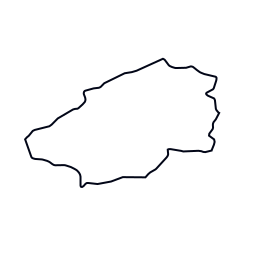 Gafsa, Albers equal-area conic projection, rotated 159°
{"feature_id": "TUN-112", "entity_name": "Gafsa", "entity_type": "Governorate", "adm_level": 1, "iso_a3": "TUN", "parent_name": "Tunisia", "parent_adm1": "", "projection": "albers", "projection_center": [8.747, 34.421], "detail": "fine", "context": "isolated", "style": "outline", "palette": "ink", "viewbox_px": 256, "rotation_deg": 159, "n_neighbors": 0, "source": "natural_earth", "source_scale": "10m", "svg_char_len": 1911}
<svg xmlns="http://www.w3.org/2000/svg" viewBox="0 0 256 256"><g transform="rotate(159 128 128)"><path d="M37.5,109.4L42.9,104.6L46.0,102.8L47.0,101.7L47.6,100.6L48.5,97.8L49.4,96.6L54.1,93.6L55.1,91.8L51.7,86.5L52.1,84.0L53.7,81.7L57.9,77.2L58.0,77.0L59.7,77.2L64.5,77.8L66.3,78.7L67.9,80.1L70.5,81.5L84.8,86.3L86.6,87.6L95.6,92.9L97.4,93.6L98.6,93.6L99.0,92.4L99.8,89.5L100.0,89.0L100.3,88.5L101.4,87.4L102.7,86.6L116.1,79.9L117.2,79.5L123.1,78.6L125.6,77.7L129.4,75.7L150.5,84.0L163.0,84.1L176.5,86.6L184.6,90.8L185.6,91.2L186.4,91.4L186.9,91.3L188.1,90.9L189.9,89.9L190.8,89.6L192.0,89.4L192.6,89.7L193.0,90.1L193.0,90.8L192.9,91.4L189.8,99.5L189.6,100.7L189.5,101.3L189.5,101.9L189.6,102.8L189.8,104.0L190.6,106.1L191.1,107.1L192.6,109.0L195.3,112.0L198.9,114.9L200.1,115.8L201.1,116.3L209.3,119.3L210.4,120.0L211.5,121.3L213.4,124.3L214.2,125.2L215.3,126.3L218.7,128.9L219.6,129.5L225.8,132.4L227.3,133.5L228.2,134.4L228.4,135.0L228.6,135.5L228.1,154.3L225.8,155.5L223.4,156.3L218.0,159.4L217.0,159.5L215.7,159.6L200.8,157.8L198.1,158.5L190.1,162.1L172.6,165.0L170.6,164.8L168.2,164.1L167.1,164.3L161.9,166.3L159.0,167.8L158.5,168.3L158.0,168.9L157.7,169.5L157.4,170.1L157.3,170.7L157.1,171.8L157.1,175.3L157.0,175.9L156.7,176.6L156.3,177.2L155.9,177.7L155.4,177.9L155.0,178.1L154.1,178.1L145.9,177.3L140.8,176.0L139.9,176.0L138.7,176.2L134.1,178.3L111.5,180.3L104.4,178.8L99.4,178.4L70.6,180.1L70.0,179.5L69.3,178.5L68.2,174.7L67.6,172.5L67.3,171.7L66.8,170.9L65.0,169.1L62.8,167.4L62.0,166.9L52.2,163.4L47.3,163.0L46.7,162.7L46.1,162.3L45.5,161.8L44.5,160.2L42.9,157.4L41.0,154.5L39.9,153.3L37.4,151.0L27.9,144.5L27.5,143.9L27.4,143.0L28.2,141.3L29.0,140.2L33.6,134.5L34.2,134.0L34.8,133.7L35.4,133.6L41.7,132.8L42.4,132.5L42.8,132.0L42.8,131.3L42.2,130.1L41.7,129.4L37.1,124.8L36.9,123.9L36.9,122.7L39.1,114.4L39.0,112.9L38.0,110.0L37.5,109.4Z" fill="none" stroke="#020617" stroke-width="2"/></g></svg>